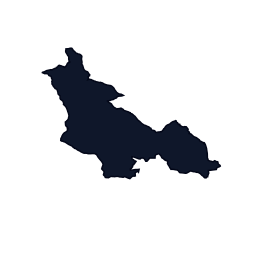 the district of Sovarna, Mehedinti, Romania, rotated 21°
{"feature_id": "2599482B60135611715563", "entity_name": "Sovarna", "entity_type": "district", "adm_level": 2, "iso_a3": "ROU", "parent_name": "Romania", "parent_adm1": "Mehedinti", "projection": "orthographic", "projection_center": [22.8, 44.85], "detail": "fine", "context": "isolated", "style": "filled", "palette": "ink", "viewbox_px": 256, "rotation_deg": 21, "n_neighbors": 0, "source": "geoboundaries", "source_scale": "gbopen_adm2", "svg_char_len": 5854}
<svg xmlns="http://www.w3.org/2000/svg" viewBox="0 0 256 256"><g transform="rotate(21 128 128)"><path d="M152.0,170.1L150.7,167.3L152.0,165.5L153.1,165.1L153.6,165.4L153.2,162.6L151.3,163.6L150.3,163.9L149.1,164.5L146.8,165.9L145.4,166.5L145.1,165.9L145.1,165.5L144.9,165.0L145.7,164.5L145.7,163.7L146.2,162.6L145.6,160.8L146.4,160.3L146.6,159.4L147.0,158.4L147.0,157.4L147.3,157.0L147.5,156.3L146.9,156.1L145.8,156.4L145.3,156.3L144.8,155.7L142.8,155.6L142.1,153.3L144.2,153.0L149.3,152.9L150.5,152.5L151.0,151.4L152.9,150.6L153.8,150.7L154.8,151.3L156.5,152.7L157.5,152.3L157.8,151.9L159.0,148.3L164.0,146.4L163.2,143.9L163.7,142.8L166.0,140.9L168.3,141.9L169.0,142.4L170.4,143.7L172.0,143.9L173.3,144.5L174.4,144.8L175.0,144.7L175.6,144.8L176.8,144.6L177.1,145.0L177.6,147.0L179.0,148.2L179.7,148.6L181.3,150.0L182.9,151.2L183.3,151.0L185.4,150.3L186.7,150.1L189.0,149.6L190.4,149.9L191.0,150.4L192.0,151.0L192.6,151.1L194.3,150.5L198.0,149.6L199.0,149.0L201.8,145.6L204.4,145.4L205.3,145.2L205.9,144.9L207.8,144.8L209.4,144.3L211.9,144.7L214.0,145.7L216.1,146.2L216.5,146.7L217.0,146.8L217.6,147.0L218.6,146.6L219.0,146.3L219.1,145.4L219.8,144.9L219.4,144.5L219.6,144.0L219.6,142.9L219.5,142.5L219.6,141.4L219.2,140.5L218.3,139.3L218.2,138.9L225.3,135.1L225.2,133.9L225.3,133.3L225.9,132.5L227.3,131.3L227.8,130.5L227.3,129.9L226.0,129.6L225.2,129.2L224.6,128.6L224.2,127.6L223.7,127.4L222.7,127.6L222.2,127.9L221.4,127.5L220.6,127.5L219.5,129.2L218.1,129.2L216.4,129.5L215.3,129.5L214.3,129.3L213.7,128.3L212.9,127.6L211.2,123.5L208.8,119.3L208.7,119.0L206.1,115.7L204.6,114.5L204.2,114.9L204.7,115.4L204.4,115.5L203.8,115.1L203.6,114.6L203.3,114.7L201.2,114.4L199.8,114.3L198.8,113.5L195.2,112.5L192.5,112.5L188.8,111.0L187.0,111.3L186.9,110.0L184.4,108.9L184.6,107.6L182.0,106.0L180.2,106.5L179.8,107.2L179.2,107.1L178.4,107.3L178.1,107.3L177.6,107.4L176.4,107.0L175.6,107.3L175.3,106.9L174.5,106.6L174.8,106.1L173.0,106.2L172.4,105.3L171.2,105.2L170.6,104.5L170.4,104.1L169.9,104.0L169.2,104.9L168.7,105.0L168.3,105.7L167.7,105.9L166.6,107.3L166.0,108.3L165.8,109.0L165.3,109.6L165.0,109.8L164.5,110.5L163.7,111.0L162.6,112.9L162.1,115.5L161.7,115.8L161.6,116.7L161.0,118.6L160.6,119.4L159.8,119.7L159.3,120.2L157.9,120.8L155.5,122.2L154.1,121.1L153.1,121.0L152.0,121.3L151.0,121.4L150.0,120.8L149.6,120.1L148.7,120.1L147.1,119.5L144.5,119.5L143.8,119.3L142.1,119.5L139.3,118.9L136.4,117.6L135.1,117.3L134.3,117.0L130.3,114.6L129.1,114.3L128.0,113.8L127.1,113.6L126.5,113.3L125.1,113.6L124.5,113.1L124.5,112.9L123.8,113.0L122.8,112.8L119.5,113.0L117.7,113.0L117.0,112.8L116.9,112.4L115.9,112.2L115.2,112.3L115.0,112.1L114.6,112.3L114.5,112.0L114.3,112.0L112.9,113.0L111.2,113.8L111.1,114.0L111.1,114.4L110.8,114.5L110.5,114.5L110.2,114.2L109.2,113.9L107.7,113.8L105.1,112.5L104.2,111.6L103.7,111.4L102.9,111.2L102.3,111.1L101.9,111.2L101.0,111.0L99.3,110.2L101.6,108.5L102.5,107.6L103.9,106.8L105.2,105.1L106.4,104.1L106.5,103.8L106.6,103.1L107.1,102.3L108.3,101.4L110.0,100.7L111.1,100.0L112.0,99.2L109.4,98.9L107.9,99.4L106.8,99.3L104.9,98.9L104.1,98.5L103.5,98.0L102.3,97.4L101.8,96.9L100.3,95.7L98.3,94.9L96.8,94.6L93.0,95.4L90.1,95.5L88.1,95.1L85.7,95.3L85.2,95.7L84.7,95.8L82.9,96.0L81.5,96.3L80.5,96.1L78.8,96.4L78.6,96.2L78.2,96.1L77.6,96.2L76.3,96.0L74.1,96.5L73.2,97.3L73.3,95.9L73.3,95.7L72.4,94.6L72.4,94.4L72.7,94.2L72.9,93.4L73.4,93.0L73.1,91.9L72.5,91.8L70.8,90.5L70.3,90.1L69.6,90.0L67.8,90.1L65.9,89.2L65.7,89.0L63.0,85.6L61.7,85.0L61.8,84.2L61.4,82.9L60.3,81.1L59.8,80.2L59.3,77.8L58.8,77.2L57.9,76.8L56.7,76.5L56.2,76.5L55.0,76.8L53.7,76.6L52.4,76.7L51.5,76.1L50.2,75.5L49.1,75.4L48.5,74.6L47.0,73.7L46.8,73.7L45.3,74.3L44.4,75.1L41.7,76.4L42.0,77.1L42.2,78.5L42.8,79.5L44.2,80.6L44.8,81.0L45.6,81.8L46.9,82.5L47.1,82.6L48.0,85.0L48.9,86.3L49.3,86.7L49.6,86.8L49.9,87.1L49.3,87.5L49.7,87.9L48.6,88.7L48.3,89.2L48.2,90.9L48.3,91.6L48.2,92.3L47.5,92.7L47.3,93.6L47.2,94.2L46.8,94.3L46.0,93.8L44.5,94.0L42.9,93.9L42.3,94.2L41.7,94.0L41.0,94.4L40.7,94.7L40.4,96.2L39.9,96.7L40.0,97.1L39.5,97.2L39.6,97.6L39.5,97.9L38.2,98.7L36.2,100.9L35.1,101.2L31.3,103.7L30.4,104.8L30.0,105.2L29.8,105.5L28.5,106.4L28.2,106.7L28.2,107.0L30.4,107.1L31.0,107.1L31.4,106.8L33.3,106.2L34.1,106.3L35.3,107.3L35.8,107.4L37.4,107.3L37.9,107.5L38.8,109.0L40.2,110.2L40.2,111.9L40.6,112.4L41.3,114.2L43.0,115.3L43.2,115.5L43.3,115.8L43.8,116.1L45.1,116.6L45.5,117.1L45.9,117.3L47.6,117.3L47.9,117.5L49.7,119.7L50.5,121.2L50.9,121.5L52.8,122.3L53.1,122.5L53.7,123.9L53.8,124.4L54.2,124.9L54.9,125.5L55.9,125.6L56.7,126.0L57.1,126.0L57.6,126.3L58.9,127.7L59.3,128.5L59.2,128.9L60.4,129.6L61.2,129.8L63.0,130.9L64.9,132.9L66.1,134.5L66.7,135.0L68.5,137.6L68.7,138.4L68.7,139.3L69.0,140.1L69.0,140.9L68.7,142.6L68.2,143.2L67.9,144.4L67.4,144.7L67.4,144.9L68.7,147.7L69.8,148.6L71.1,149.0L71.2,149.4L72.1,149.7L72.3,150.0L71.6,150.3L72.4,151.9L72.1,152.8L71.3,154.2L70.3,155.3L69.6,157.2L69.3,159.2L69.4,160.5L69.2,161.2L69.1,161.7L69.7,163.8L70.9,164.0L71.8,163.7L72.8,163.8L74.4,163.7L78.4,164.6L82.1,164.9L82.9,165.2L83.5,165.6L84.5,165.7L85.3,166.2L86.1,166.0L87.8,166.2L88.7,166.6L91.5,166.8L92.5,167.1L94.4,167.2L94.6,167.3L95.4,167.2L95.8,167.3L96.0,167.2L96.9,167.0L97.1,166.7L97.7,166.6L98.9,166.3L100.0,166.3L101.2,165.7L101.7,165.7L102.7,165.1L103.5,164.9L104.1,164.5L106.7,163.7L107.0,164.0L107.8,163.8L108.2,164.2L108.4,164.1L110.2,165.7L111.8,166.7L115.3,168.6L117.1,170.0L117.9,171.1L118.0,173.1L117.9,173.8L118.0,174.5L118.2,175.0L118.1,175.6L121.3,177.2L121.7,178.9L121.8,180.3L122.1,180.7L124.0,181.5L124.1,181.8L124.5,182.3L125.5,182.1L127.6,181.4L129.0,179.7L129.9,179.1L131.2,178.8L131.5,178.6L132.6,178.4L135.2,177.0L136.7,176.7L138.0,176.6L138.9,176.2L140.5,175.9L141.5,175.5L142.3,174.5L145.6,174.7L147.9,174.6L149.0,172.2L149.6,171.3L150.1,171.0L151.0,170.8L152.0,170.1Z" fill="#0f172a" stroke="#020617" stroke-width="1.5"/></g></svg>